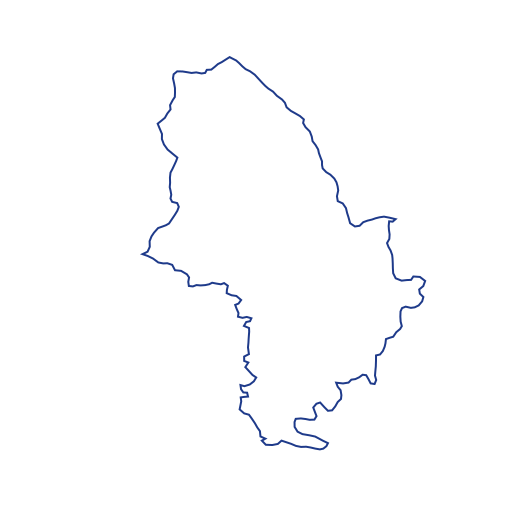 the district of Francisco Badaró, Minas Gerais, Brazil, rotated 124°
{"feature_id": "56859067B77036534058100", "entity_name": "Francisco Badaró", "entity_type": "district", "adm_level": 2, "iso_a3": "BRA", "parent_name": "Brazil", "parent_adm1": "Minas Gerais", "projection": "natural_earth1", "projection_center": [-42.293, -16.987], "detail": "fine", "context": "isolated", "style": "outline", "palette": "blue", "viewbox_px": 512, "rotation_deg": 124, "n_neighbors": 0, "source": "geoboundaries", "source_scale": "gbopen_adm2", "svg_char_len": 3638}
<svg xmlns="http://www.w3.org/2000/svg" viewBox="0 0 512 512"><g transform="rotate(124 256 256)"><path d="M371.7,97.1L372.2,102.2L372.6,106.0L374.8,111.5L377.7,117.9L378.4,123.3L376.1,128.4L372.1,131.2L368.8,132.0L365.6,128.0L363.4,123.7L361.8,119.9L359.0,116.1L354.9,116.3L352.6,119.6L349.6,123.8L344.7,123.3L341.6,120.9L343.1,114.8L344.1,109.8L341.4,106.6L336.4,106.2L331.3,106.6L327.0,105.6L323.6,107.4L320.0,110.8L318.7,115.1L316.2,118.7L313.0,112.6L309.2,108.5L305.2,107.8L302.5,104.8L298.8,102.6L294.8,101.2L293.2,98.0L295.2,93.9L297.5,89.7L295.8,86.1L291.6,87.0L288.6,90.5L285.0,92.5L280.6,94.9L275.5,98.1L271.3,100.9L268.3,98.1L263.8,97.7L259.3,98.6L256.1,99.8L252.2,101.8L249.1,99.5L246.2,97.1L240.7,97.1L235.9,95.7L232.6,95.9L229.5,99.4L225.6,102.4L221.1,105.2L217.5,105.8L214.3,103.6L212.4,98.6L209.8,95.7L206.0,93.5L200.7,92.9L196.4,94.3L195.6,99.1L192.5,102.0L187.4,100.5L182.1,101.8L181.7,108.4L185.0,114.1L189.1,114.1L191.6,117.5L195.0,121.5L196.4,127.7L193.6,132.6L189.6,135.7L185.5,138.6L181.6,141.5L179.0,143.7L176.2,147.5L174.4,151.2L172.0,154.6L167.3,155.0L163.4,157.3L160.0,160.4L156.9,162.8L152.8,165.0L151.1,161.9L147.4,160.9L149.5,166.5L151.8,171.9L154.9,175.3L157.9,178.0L160.9,180.2L164.3,183.3L168.0,186.0L173.0,187.0L176.2,190.5L176.2,196.3L172.0,201.2L169.4,204.5L166.0,208.2L163.9,213.5L164.8,218.9L161.2,222.3L155.7,224.5L152.6,227.3L149.9,230.5L148.0,234.4L147.0,239.8L147.2,244.7L146.1,249.7L143.7,252.1L140.6,254.2L138.1,257.8L135.5,261.4L132.9,264.1L130.7,268.7L129.2,273.3L125.8,276.6L122.7,281.0L121.5,287.0L119.4,291.3L116.0,292.7L115.4,297.9L115.8,303.5L116.2,308.2L115.6,313.8L112.8,317.7L111.7,321.9L111.5,328.3L110.2,333.8L110.3,339.4L109.8,343.5L109.0,347.4L107.8,352.5L106.4,358.4L106.2,364.2L106.9,369.1L106.4,373.4L105.5,377.9L105.0,381.8L105.9,389.1L110.0,390.9L114.4,392.8L118.2,394.9L122.0,395.9L126.5,397.3L129.2,400.9L132.6,400.5L135.1,403.2L137.2,408.2L140.3,411.8L142.0,415.6L144.1,420.1L147.0,424.6L151.4,425.9L155.1,424.2L158.8,420.3L162.1,417.1L166.0,414.4L169.6,412.2L173.2,412.2L179.0,411.6L182.3,408.8L187.4,409.2L192.4,408.8L196.5,410.0L201.3,411.5L203.9,407.6L207.4,402.2L211.7,399.4L215.0,394.7L217.2,388.8L217.9,381.8L218.4,376.2L222.0,375.3L226.9,374.5L230.9,373.9L234.7,373.5L239.1,371.2L243.4,368.1L247.2,366.0L249.8,363.2L252.6,360.5L256.2,359.0L258.0,355.8L256.2,350.9L258.4,347.5L262.5,346.5L267.3,346.3L272.0,346.3L277.7,346.3L280.9,347.9L283.7,349.9L287.6,352.8L293.6,353.6L298.2,353.6L303.2,352.5L307.8,349.2L313.1,348.3L317.9,351.1L316.5,345.7L315.7,340.0L316.0,333.4L314.0,328.7L311.6,325.5L310.2,320.5L313.1,315.2L310.2,309.8L309.8,303.0L311.2,299.5L315.3,297.7L318.4,294.9L316.5,291.3L313.4,289.1L311.4,285.5L308.5,281.8L305.6,279.0L302.7,277.4L301.0,273.4L299.1,269.3L296.3,267.3L296.4,262.7L300.3,261.2L303.2,259.5L302.2,254.3L300.1,249.9L300.8,243.7L305.2,243.9L308.2,245.9L310.5,242.7L313.1,238.6L316.4,237.0L314.8,232.6L311.7,229.6L310.2,225.0L313.4,224.5L316.2,227.2L320.7,226.9L319.6,221.5L322.6,219.3L325.8,217.5L329.1,215.6L332.1,213.8L336.3,211.5L341.3,207.0L346.0,209.6L349.6,207.1L348.6,202.8L354.1,202.7L355.3,197.7L356.6,192.4L356.6,187.9L361.1,187.7L366.0,189.3L370.4,192.8L371.7,196.7L374.8,193.9L376.2,190.2L374.3,186.9L377.0,184.0L379.4,187.0L381.8,189.6L384.7,187.0L388.0,185.6L392.3,183.8L393.1,177.8L391.5,173.1L393.1,168.7L395.2,163.5L397.4,159.1L399.0,154.8L403.1,151.4L402.2,146.1L405.8,147.9L407.0,142.3L403.6,136.8L399.6,132.8L394.8,131.6L393.1,125.5L392.1,121.9L391.1,116.7L389.1,111.9L386.1,107.8L384.2,103.6L382.5,99.1L380.6,94.9L378.1,92.5L374.3,91.3L370.9,91.7L371.7,97.1Z" fill="none" stroke="#1e3a8a" stroke-width="2"/></g></svg>